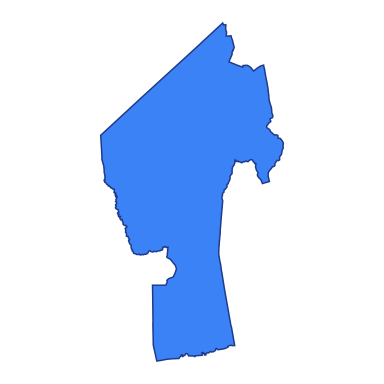 outline of Bang Khun Thian, Bangkok Metropolis, Thailand
{"feature_id": "78962969B82551730136395", "entity_name": "Bang Khun Thian", "entity_type": "district", "adm_level": 2, "iso_a3": "THA", "parent_name": "Thailand", "parent_adm1": "Bangkok Metropolis", "projection": "albers", "projection_center": [100.427, 13.588], "detail": "fine", "context": "isolated", "style": "filled", "palette": "blue", "viewbox_px": 384, "rotation_deg": 0, "n_neighbors": 0, "source": "geoboundaries", "source_scale": "gbopen_adm2", "svg_char_len": 6035}
<svg xmlns="http://www.w3.org/2000/svg" viewBox="0 0 384 384"><path d="M100.7,135.3L101.8,153.9L102.0,158.6L101.8,159.0L104.0,166.9L103.8,167.9L104.1,168.5L104.2,172.7L104.5,173.2L104.5,174.1L104.9,175.0L104.8,175.4L105.0,175.9L104.9,176.3L105.1,176.7L104.9,177.2L105.2,177.6L104.9,178.8L104.5,179.3L104.8,179.7L104.5,180.1L104.7,180.4L104.2,180.5L104.4,181.0L104.6,181.9L104.9,182.4L105.5,182.4L106.0,183.0L106.2,183.4L106.7,183.6L106.7,184.2L107.8,185.0L108.5,185.3L108.5,186.0L109.0,185.9L109.4,186.2L109.7,186.7L110.4,186.9L110.5,187.3L111.1,188.0L111.6,187.9L112.0,188.1L112.3,188.7L113.1,189.2L113.5,189.1L114.3,189.2L114.3,190.7L114.5,191.4L114.0,192.0L114.1,192.6L114.6,193.0L115.2,192.8L115.6,192.8L115.6,193.1L115.1,193.3L115.1,193.6L115.3,194.1L116.0,194.5L115.9,194.9L115.3,195.0L115.2,195.3L115.4,195.4L116.3,195.5L116.6,195.6L116.6,195.9L115.8,196.2L115.7,196.6L116.1,196.8L116.5,196.4L116.8,196.4L116.9,196.6L116.5,197.1L117.1,197.2L117.1,197.4L115.9,199.6L116.2,200.8L115.7,201.5L116.4,201.9L116.6,202.4L116.4,202.9L116.7,203.4L116.3,203.8L116.0,204.4L115.6,204.6L115.7,205.6L116.3,205.9L116.3,206.1L115.9,206.7L115.4,207.8L115.8,208.5L116.5,209.0L117.0,209.1L117.4,209.5L117.9,209.6L118.2,209.9L118.4,211.2L118.8,212.2L117.7,212.8L117.5,213.2L117.9,214.1L118.6,214.2L119.0,214.4L119.0,214.6L118.4,215.4L118.3,215.7L118.8,216.7L119.4,216.5L120.6,216.5L120.6,216.8L119.8,217.4L119.8,217.9L120.6,219.8L122.2,219.5L122.2,221.1L123.2,222.1L123.2,222.5L122.9,223.3L123.2,224.5L123.8,225.0L124.9,225.0L125.3,225.9L126.6,225.9L126.7,226.1L126.7,227.1L126.6,227.6L126.4,227.8L125.4,228.1L125.2,228.4L125.8,230.7L125.5,232.1L125.7,232.3L126.2,232.7L126.3,233.6L126.6,234.4L126.4,236.2L126.6,236.3L128.0,236.4L128.4,237.7L129.5,239.3L129.5,239.8L128.6,240.2L128.6,240.6L129.3,242.8L129.9,244.1L131.2,245.1L131.1,247.2L131.5,249.1L132.4,249.9L132.2,250.9L133.0,251.6L133.3,252.0L133.5,253.0L134.2,253.6L135.6,253.7L136.4,254.4L137.2,254.5L138.4,254.5L139.3,254.0L139.6,254.2L139.9,254.8L140.2,255.0L141.0,254.9L141.9,254.4L143.2,254.8L143.8,254.6L144.5,254.1L145.7,254.3L147.4,253.5L148.3,252.3L148.7,251.3L149.1,250.8L150.3,250.9L150.9,251.6L152.8,252.0L153.4,251.8L154.3,251.3L156.3,251.7L158.2,250.8L159.9,250.9L161.1,250.0L162.1,250.1L162.8,249.0L162.6,248.1L162.7,247.8L163.3,246.9L164.0,247.2L164.9,246.5L165.3,246.5L166.0,247.5L166.4,247.6L167.9,247.1L168.0,248.5L167.6,249.6L167.6,251.7L167.3,253.7L167.3,255.4L166.8,256.6L166.9,257.2L167.4,257.7L170.1,259.1L172.6,262.0L173.3,263.0L175.1,265.0L176.4,268.3L176.2,269.9L175.7,271.1L175.3,272.6L173.3,276.7L172.4,277.4L169.0,278.5L167.3,279.8L167.0,280.2L166.9,280.5L167.4,281.3L167.3,281.7L165.9,285.1L165.2,285.2L152.5,285.2L152.7,296.4L153.0,320.6L152.9,325.0L153.3,345.2L156.8,361.0L160.5,360.5L166.6,359.3L171.7,358.8L179.0,358.5L179.4,357.6L180.9,356.0L181.5,354.8L182.0,354.7L182.4,354.9L182.4,356.5L182.6,356.6L185.4,354.8L185.4,354.3L185.5,354.0L185.8,353.6L186.3,353.5L187.5,353.8L188.7,355.9L193.4,355.9L194.0,356.1L194.5,356.6L194.8,356.6L195.0,356.5L195.2,355.8L202.1,355.3L202.2,355.2L201.9,352.6L202.1,352.6L202.9,352.5L203.0,353.6L204.3,353.4L204.5,355.0L205.9,354.9L206.0,354.8L205.9,353.7L206.3,353.1L206.9,353.0L208.9,352.8L209.6,352.2L209.9,351.8L210.3,351.4L210.7,351.4L211.3,352.0L211.8,352.0L213.8,351.6L215.4,350.4L215.7,349.9L215.7,348.9L216.3,348.5L216.6,348.5L217.6,349.5L218.1,349.7L221.8,349.2L224.8,348.6L227.0,347.6L228.1,347.0L228.4,346.1L228.7,345.7L231.6,345.3L232.0,345.6L234.7,345.6L231.5,327.3L230.9,325.5L224.2,287.5L222.0,273.5L221.4,270.5L220.7,264.9L220.0,261.9L218.7,254.1L218.9,247.7L219.6,239.1L220.2,233.0L220.2,230.7L221.4,215.8L222.7,201.1L222.6,200.3L222.1,198.9L221.8,197.3L222.6,195.1L222.4,193.9L222.4,193.5L223.9,192.2L224.0,191.7L224.0,190.4L224.3,189.8L225.2,189.3L225.8,188.3L226.4,187.8L226.8,187.2L227.1,186.3L226.9,185.0L226.9,184.7L227.2,184.3L228.1,183.8L228.6,182.1L229.7,180.2L229.9,179.0L230.1,178.0L229.9,176.6L230.7,175.2L232.1,173.5L232.0,172.9L232.1,171.9L232.1,169.9L232.4,167.7L233.0,166.4L234.0,165.1L234.7,163.3L234.9,162.4L234.7,160.9L235.2,159.8L235.4,159.9L235.5,160.4L235.9,160.4L236.0,160.5L236.2,161.0L236.2,161.4L236.4,161.5L237.0,161.5L238.2,161.1L238.4,161.3L238.5,161.7L239.1,161.6L240.6,162.2L241.4,162.7L242.2,162.6L242.8,161.9L243.2,161.7L244.6,161.8L245.9,161.0L247.3,161.6L248.2,161.6L249.4,160.3L250.9,159.6L251.8,159.8L252.5,160.1L252.8,160.4L253.0,161.3L254.1,162.3L254.7,163.6L255.1,163.7L255.7,163.4L255.8,163.6L256.0,164.2L255.7,165.3L255.6,167.6L256.1,168.7L256.3,169.9L257.6,172.0L258.0,173.1L257.9,173.7L257.4,174.3L257.6,176.0L259.0,177.9L260.0,178.8L261.0,180.1L261.8,181.8L262.3,183.4L262.5,183.6L263.2,183.3L269.4,181.5L268.1,175.8L268.2,173.0L268.5,172.1L270.1,169.8L271.3,168.5L272.3,166.9L274.2,166.3L275.0,165.2L274.8,164.3L275.0,163.3L277.2,160.3L278.5,160.6L279.5,160.0L279.7,159.3L279.5,157.3L280.4,155.7L281.3,154.6L281.6,153.7L281.9,151.4L282.5,149.5L283.1,148.5L283.2,147.7L283.0,145.5L283.0,144.9L283.2,144.7L283.3,144.4L283.3,143.1L282.6,141.4L280.9,139.1L280.2,138.4L278.1,138.1L277.9,135.8L277.6,135.2L276.6,135.0L274.6,134.9L273.8,134.6L272.5,133.3L270.5,131.6L270.2,130.6L269.7,129.7L269.1,129.2L267.0,127.8L266.7,127.5L266.6,126.6L266.7,125.9L268.2,124.0L269.1,122.7L270.7,121.7L270.7,121.3L270.7,120.7L270.1,119.7L270.0,119.2L270.2,118.8L271.1,118.2L272.4,117.7L272.7,117.2L272.8,116.0L272.7,115.0L271.8,112.8L271.7,110.5L271.4,107.6L269.7,102.2L269.1,99.7L268.8,95.8L267.9,88.1L267.0,82.8L266.2,78.7L265.8,77.0L264.5,69.2L264.0,67.0L263.7,66.2L263.6,65.1L260.2,66.2L256.7,68.5L253.6,71.1L251.2,68.0L249.9,66.8L247.6,65.4L245.5,65.3L245.3,65.4L243.2,65.5L242.9,65.7L242.7,67.2L236.4,64.9L229.0,61.9L229.6,60.1L230.6,57.9L232.0,54.6L232.1,53.9L232.0,53.1L232.7,50.3L233.1,50.5L234.2,47.4L232.4,40.0L231.5,37.8L231.0,35.8L228.6,36.1L226.3,36.0L226.3,34.5L226.6,32.4L226.5,31.7L226.2,31.5L225.6,28.8L225.9,24.9L225.7,24.6L223.9,25.0L223.6,24.9L223.3,24.5L222.7,23.0L193.9,49.7L141.8,97.3L100.7,135.3Z" fill="#3b82f6" stroke="#1e3a8a" stroke-width="1.5"/></svg>